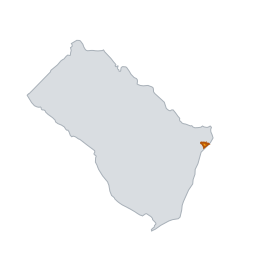 location of Ada East, Greater Accra, Ghana, rotated 315°
{"feature_id": "2480657B57636315193797", "entity_name": "Ada East", "entity_type": "district", "adm_level": 2, "iso_a3": "GHA", "parent_name": "Ghana", "parent_adm1": "Greater Accra", "projection": "natural_earth1", "projection_center": [0.584, 5.876], "detail": "fine", "context": "in_parent", "style": "filled", "palette": "amber", "viewbox_px": 256, "rotation_deg": 315, "n_neighbors": 0, "source": "geoboundaries", "source_scale": "gbopen_adm2", "svg_char_len": 4091}
<svg xmlns="http://www.w3.org/2000/svg" viewBox="0 0 256 256"><g transform="rotate(315 128 128)"><path d="M153.8,29.8L155.5,31.7L155.9,32.8L155.3,36.8L154.0,39.6L153.3,42.3L153.4,43.6L154.1,44.9L156.7,47.0L158.1,48.4L159.6,50.4L161.4,52.4L164.5,55.0L165.9,55.5L165.8,56.2L165.4,57.2L165.1,66.9L164.8,69.4L164.6,70.7L164.3,74.3L164.0,74.9L163.4,74.8L162.9,74.9L162.7,75.7L163.0,76.4L164.8,76.9L164.4,77.5L163.0,78.0L162.4,79.1L162.7,80.3L161.9,81.3L162.1,82.0L162.6,82.5L163.4,82.3L165.6,80.6L166.5,80.5L167.6,80.8L169.7,83.3L169.8,84.6L169.0,88.9L168.1,92.2L168.0,96.6L168.9,99.0L168.7,100.4L167.8,101.6L165.6,103.3L165.8,104.4L166.8,106.6L168.6,109.0L172.2,112.0L174.0,115.9L174.1,117.5L173.0,119.0L171.7,120.4L171.3,122.4L171.9,135.4L169.0,141.1L169.0,142.7L169.3,144.5L170.0,145.7L171.5,146.0L172.7,147.1L172.3,151.0L171.6,155.1L171.5,157.0L171.2,158.0L170.1,158.7L169.7,160.0L169.9,161.6L169.7,162.7L170.3,164.2L171.6,166.1L173.7,170.8L174.5,171.2L174.8,172.1L174.6,173.1L175.4,175.1L177.7,177.2L180.1,179.0L182.1,179.3L182.5,180.9L183.8,182.9L184.7,183.8L186.2,184.4L187.5,184.7L187.5,186.5L185.3,187.6L183.8,189.4L182.7,192.2L181.1,195.2L175.7,196.7L173.7,196.7L162.6,196.8L152.2,202.7L146.2,204.8L142.6,208.1L137.6,210.5L134.2,213.3L127.0,214.7L115.2,219.2L111.6,221.0L107.8,224.1L101.8,227.8L99.4,227.7L94.7,224.3L91.1,222.6L82.4,220.0L75.9,218.9L72.8,217.8L71.9,217.6L72.6,216.4L74.4,216.3L76.3,216.7L77.8,215.7L79.9,215.6L80.5,214.6L80.6,212.2L80.6,210.2L81.4,209.3L81.6,206.9L80.5,201.7L79.8,201.1L76.0,200.4L75.7,199.3L75.0,198.2L74.3,195.5L73.5,191.5L72.2,186.6L69.6,178.4L69.0,175.5L68.6,172.6L68.5,169.0L69.0,167.7L68.9,165.9L68.7,164.1L70.5,159.9L74.1,154.8L74.8,153.0L75.5,151.7L75.6,149.9L76.2,143.9L77.9,136.7L79.0,134.0L79.7,132.6L80.5,130.2L80.8,129.1L84.0,126.2L85.5,125.5L85.8,124.4L85.3,123.2L85.6,122.3L86.3,121.9L87.5,121.6L88.4,120.4L87.1,111.6L86.0,102.7L85.9,102.0L85.3,100.8L84.6,97.1L83.5,95.0L82.0,94.4L82.0,92.4L83.6,89.0L84.0,87.0L83.2,86.4L83.1,84.8L83.7,82.3L83.4,80.8L83.1,79.1L81.5,75.3L81.1,72.5L82.0,70.9L82.0,67.4L81.1,62.0L81.0,58.6L81.6,57.2L81.3,55.8L80.1,54.5L80.1,53.3L81.0,52.1L80.9,51.1L79.7,50.4L78.6,48.8L77.6,46.1L77.8,41.9L79.7,34.1L79.9,33.5L82.0,33.5L82.0,33.8L88.5,33.8L95.9,33.7L104.8,33.6L112.9,33.5L113.2,33.1L114.5,32.7L122.7,33.5L127.8,33.1L129.9,33.4L131.5,33.9L135.0,33.6L136.9,33.8L138.3,35.7L138.9,35.7L139.7,34.9L141.1,33.9L142.5,33.2L143.5,31.7L144.2,30.5L145.1,30.7L146.4,30.7L147.3,29.7L147.7,28.2L153.8,29.8Z" fill="#d9dde1" stroke="#a8b0b8" stroke-width="1"/><path d="M174.1,196.2L174.0,195.9L173.9,195.9L173.9,195.7L173.7,195.6L173.2,195.3L173.1,195.2L173.2,194.7L173.1,194.4L172.9,194.2L172.3,194.4L172.3,194.2L172.2,194.2L172.3,194.1L172.2,193.9L172.3,193.8L172.3,193.7L172.5,193.5L172.6,193.4L172.4,193.4L172.2,193.4L172.2,193.5L172.1,193.4L172.1,193.2L171.9,193.1L171.9,192.9L171.8,192.7L171.7,192.7L171.3,192.5L171.0,192.4L171.1,192.2L171.3,192.0L171.3,191.9L171.4,191.7L171.2,191.5L171.1,191.4L170.9,191.4L171.0,191.4L170.9,191.3L170.8,191.2L170.7,191.1L170.6,191.3L170.5,191.5L170.4,191.7L170.4,191.4L170.3,191.2L170.2,191.0L170.2,190.9L170.0,190.7L169.9,190.7L169.7,190.7L169.7,190.4L169.7,190.0L169.7,189.9L169.4,189.8L169.2,189.8L169.0,190.1L169.0,190.3L169.2,190.5L168.9,190.6L169.0,190.7L169.0,190.8L169.0,191.0L169.1,191.3L169.0,191.5L168.9,191.7L168.9,191.8L169.0,192.0L168.9,192.5L169.0,192.6L169.0,192.8L168.9,192.8L168.8,193.0L168.7,193.1L168.6,193.3L168.5,193.5L168.6,193.8L168.6,194.0L168.8,194.1L168.8,194.3L168.6,194.4L168.3,194.5L168.3,194.4L168.1,194.8L168.1,195.0L167.9,195.3L168.0,195.4L168.0,195.5L167.9,195.5L167.9,195.4L167.8,195.5L168.0,195.5L167.9,195.8L168.0,195.8L168.3,195.8L168.6,195.9L168.8,195.9L169.0,195.9L169.4,196.0L169.5,195.9L169.6,196.0L169.8,196.0L170.0,196.0L170.5,196.1L170.8,196.1L171.2,196.1L171.3,196.2L171.6,196.2L171.9,196.2L172.3,196.3L172.6,196.3L172.8,196.3L173.0,196.4L173.3,196.4L173.5,196.4L173.6,196.5L173.7,196.4L173.8,196.4L173.8,196.2L173.9,196.3L173.9,196.2L174.0,196.3L174.1,196.2L174.1,196.2Z" fill="#f59e0b" stroke="#b45309" stroke-width="1.5"/></g></svg>